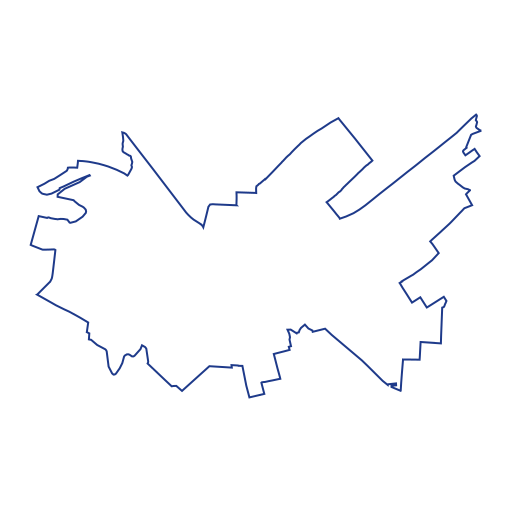 the district of Poarta Alba, Constanta, Romania
{"feature_id": "2599482B25555992289279", "entity_name": "Poarta Alba", "entity_type": "district", "adm_level": 2, "iso_a3": "ROU", "parent_name": "Romania", "parent_adm1": "Constanta", "projection": "orthographic", "projection_center": [28.4, 44.227], "detail": "fine", "context": "isolated", "style": "outline", "palette": "blue", "viewbox_px": 512, "rotation_deg": 0, "n_neighbors": 0, "source": "geoboundaries", "source_scale": "gbopen_adm2", "svg_char_len": 5885}
<svg xmlns="http://www.w3.org/2000/svg" viewBox="0 0 512 512"><path d="M446.4,300.9L443.8,296.8L430.7,305.1L427.0,307.4L426.8,307.5L423.3,302.0L420.3,297.3L412.0,302.6L406.9,294.5L402.5,287.7L399.8,283.1L399.7,283.0L400.6,282.4L402.0,281.6L401.8,281.3L403.6,280.2L406.0,278.8L408.4,277.4L411.1,275.8L413.1,274.7L416.3,272.3L420.7,269.3L424.1,266.6L428.2,263.3L432.0,260.3L438.7,253.1L434.5,247.0L432.4,244.0L430.2,241.4L432.2,239.5L437.5,234.7L440.3,232.2L440.5,232.0L441.4,231.2L442.3,230.3L443.1,229.6L446.8,226.2L449.6,223.6L451.1,222.1L455.8,217.2L460.3,212.5L461.6,211.2L464.3,208.3L464.7,208.1L466.8,207.3L469.1,206.4L472.1,205.2L466.0,194.3L467.0,193.2L470.0,190.3L470.0,190.2L467.9,189.2L464.7,188.5L462.7,187.3L459.4,184.7L458.1,183.8L455.6,181.6L454.8,180.1L454.5,179.2L453.7,175.7L465.1,167.1L471.9,162.5L474.5,160.9L479.6,156.1L476.9,152.4L474.6,148.9L473.6,149.6L472.5,150.3L469.3,152.6L466.3,154.7L465.4,155.3L463.4,152.5L463.0,151.4L463.2,150.7L463.7,150.1L466.6,147.8L466.2,147.2L471.1,134.8L472.5,134.0L474.3,133.3L477.8,132.0L481.3,130.7L481.2,130.7L480.0,130.2L479.0,129.6L476.7,128.0L476.3,127.5L476.0,126.9L475.9,126.4L476.4,125.0L477.1,122.2L476.9,121.6L475.8,120.1L476.9,116.0L476.7,115.3L476.1,114.6L471.2,118.6L470.0,119.8L463.9,125.7L459.9,129.6L456.7,132.8L452.5,136.2L444.7,142.4L438.6,147.3L433.2,151.6L425.1,157.9L417.7,163.9L414.8,166.2L407.3,172.0L402.8,175.6L398.5,179.0L395.9,181.1L392.1,184.1L387.7,187.5L379.3,194.1L372.4,199.7L365.4,205.3L359.4,209.6L353.5,213.2L346.1,216.5L339.8,218.7L339.5,217.9L337.2,215.1L336.5,214.3L334.3,211.5L330.6,207.0L327.3,203.0L326.6,202.2L328.3,201.0L330.9,199.0L331.9,198.2L333.5,197.0L334.0,196.6L334.3,196.2L334.5,196.0L335.1,195.6L336.1,194.9L336.8,194.2L337.0,193.9L337.3,193.7L338.4,192.5L339.2,191.9L339.7,191.7L340.9,190.6L341.3,190.2L342.0,189.1L342.8,188.3L343.7,187.2L344.8,186.2L346.5,184.5L347.2,183.9L348.5,182.6L354.7,176.7L357.5,173.9L358.2,173.1L359.5,172.0L362.3,169.4L364.2,167.4L366.7,165.2L367.0,165.1L367.4,164.9L367.9,164.5L368.9,163.5L371.2,161.7L372.4,160.6L358.7,143.3L355.0,138.6L348.7,130.9L343.9,125.0L339.8,120.0L338.7,118.6L338.5,118.4L338.4,118.2L330.6,122.5L321.6,128.5L317.5,130.9L313.5,133.6L309.6,136.4L306.1,138.8L300.9,143.0L299.3,144.7L297.9,146.0L294.7,149.1L291.7,152.2L290.1,154.0L289.7,154.4L287.9,155.9L286.1,157.6L285.4,158.4L283.0,161.0L282.1,161.8L281.7,162.4L278.0,166.2L272.7,171.8L265.4,179.3L265.1,179.0L264.7,179.4L264.0,180.0L262.8,181.0L260.6,182.9L260.1,183.4L259.0,183.9L258.2,184.8L256.4,186.3L256.1,188.2L256.1,189.6L256.2,193.0L255.2,192.9L236.5,192.3L236.5,193.3L236.6,195.8L236.6,198.8L236.4,205.2L236.5,205.3L220.4,204.6L215.6,204.4L212.8,204.2L210.1,204.5L208.4,206.8L207.8,209.3L207.0,212.6L206.0,216.7L204.7,221.9L204.0,224.6L203.3,227.3L202.9,226.5L202.3,225.7L201.6,224.9L200.9,224.4L201.0,224.3L193.6,219.6L191.0,217.5L188.2,214.8L186.1,212.5L179.8,204.2L177.8,201.6L152.4,168.3L140.4,152.8L129.3,138.4L126.2,134.3L125.9,134.0L124.7,133.2L123.9,132.8L122.3,132.4L122.4,132.9L123.0,137.0L123.3,140.5L123.2,141.4L123.1,141.6L122.7,143.1L122.6,143.9L122.9,146.8L122.7,147.6L122.5,148.5L122.4,149.9L122.7,151.3L123.5,152.2L125.6,153.4L127.5,154.6L128.4,155.0L129.1,155.6L129.6,155.7L130.4,155.9L131.0,157.0L131.0,157.8L131.2,158.7L132.3,162.0L132.1,162.8L131.9,163.9L131.6,164.6L131.4,165.3L131.9,166.6L131.8,167.0L131.9,167.6L131.3,169.1L128.1,174.9L127.4,175.6L124.2,173.4L116.7,169.8L108.2,166.5L104.0,165.2L98.6,163.7L92.2,162.4L89.5,161.9L88.2,161.7L86.7,161.5L83.1,161.1L80.8,161.0L79.6,160.9L78.0,160.8L77.8,163.1L77.2,167.7L75.1,167.6L73.7,167.5L69.5,167.5L67.9,167.7L67.7,168.9L67.0,170.5L66.3,171.1L59.4,175.6L54.2,178.9L49.2,180.8L44.5,183.7L37.5,187.2L39.5,191.3L41.8,193.4L43.1,193.9L46.9,194.7L51.5,193.6L59.4,189.7L59.7,188.1L63.5,186.5L73.6,181.7L81.3,178.4L89.5,175.1L89.8,175.6L86.9,176.7L79.7,182.1L64.7,188.8L57.7,194.4L57.6,196.8L65.6,198.5L73.6,200.2L74.5,201.2L79.0,204.9L82.6,206.7L83.9,207.6L85.7,209.6L86.1,211.4L85.8,212.9L82.6,216.7L75.8,221.4L70.4,222.8L69.6,222.6L67.4,219.7L63.7,219.0L60.6,218.9L57.4,219.3L56.5,219.1L55.2,219.0L50.8,218.2L48.7,217.4L47.1,217.7L47.0,217.9L38.7,216.1L30.7,244.9L32.7,245.8L42.4,249.6L43.2,249.7L48.4,249.6L53.6,249.4L54.6,249.5L55.4,250.0L53.9,263.1L52.7,273.3L52.3,276.0L52.0,277.6L51.7,278.7L50.1,281.8L49.9,281.9L39.6,292.2L37.3,294.5L37.1,294.6L48.1,300.8L52.0,303.0L56.0,305.3L64.3,309.4L69.1,311.6L75.9,315.3L80.0,317.6L82.2,318.9L88.2,322.5L86.9,331.7L86.8,332.1L89.3,333.4L88.9,339.4L89.3,339.5L91.1,339.8L97.2,345.0L105.3,349.3L106.2,350.3L106.7,351.4L108.6,366.6L112.1,373.4L113.5,374.6L114.7,374.5L115.9,373.7L119.7,368.3L122.3,363.1L124.1,356.5L124.9,355.5L127.0,354.3L128.5,354.3L129.7,354.8L132.0,356.4L133.5,356.4L134.6,355.7L140.5,349.1L142.0,345.3L145.0,347.0L145.7,347.8L146.3,348.7L148.2,361.6L148.1,362.4L147.6,363.5L165.2,380.2L171.7,386.3L173.3,386.0L176.3,385.9L182.0,390.9L209.4,366.2L231.8,367.6L231.5,365.1L238.1,365.5L238.4,365.8L242.4,365.9L246.3,385.7L249.4,397.4L264.3,393.9L261.5,383.2L261.4,382.7L261.9,382.3L264.0,382.0L264.8,382.0L267.1,381.5L268.4,381.2L272.5,380.4L278.6,379.1L280.3,378.8L279.9,377.1L278.7,372.7L277.5,368.4L276.5,364.5L275.2,359.4L273.8,354.0L278.4,352.8L284.3,351.3L289.6,349.9L288.8,346.8L291.0,346.2L289.5,339.6L290.0,337.2L289.3,333.8L287.5,329.7L290.7,329.6L296.7,333.4L297.1,332.7L298.8,332.4L299.6,330.0L301.0,327.9L304.9,324.6L308.4,328.5L312.4,330.5L312.7,331.8L325.1,328.7L331.7,334.9L361.9,360.4L367.6,365.9L382.7,380.9L387.8,385.0L387.9,384.3L396.0,383.4L396.1,385.3L391.5,385.8L391.5,387.0L400.6,390.8L400.7,390.6L401.2,382.6L401.9,373.3L403.0,360.0L403.0,359.5L415.1,359.6L419.6,359.7L419.8,356.9L420.1,351.3L420.6,342.0L440.9,343.4L441.1,336.0L442.2,307.6L443.3,307.2L443.8,307.0L444.0,306.7L444.4,306.0L445.1,304.0L445.7,302.8L446.2,301.4L446.3,301.0L446.4,300.9Z" fill="none" stroke="#1e3a8a" stroke-width="2"/></svg>